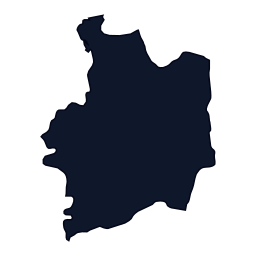 the border of Ille-et-Vilaine
{"feature_id": "FRA-5308", "entity_name": "Ille-et-Vilaine", "entity_type": "Metropolitan department", "adm_level": 1, "iso_a3": "FRA", "parent_name": "France", "parent_adm1": "", "projection": "mercator", "projection_center": [-1.688, 48.172], "detail": "fine", "context": "isolated", "style": "filled", "palette": "ink", "viewbox_px": 256, "rotation_deg": 0, "n_neighbors": 0, "source": "natural_earth", "source_scale": "10m", "svg_char_len": 2959}
<svg xmlns="http://www.w3.org/2000/svg" viewBox="0 0 256 256"><path d="M88.3,52.0L85.7,50.1L86.5,48.5L84.4,44.7L83.9,41.4L84.8,41.4L85.4,42.3L86.0,42.9L87.7,44.2L86.7,41.8L85.4,40.5L84.0,40.0L82.4,39.9L81.1,38.7L78.5,32.4L77.2,29.9L77.6,28.2L78.6,26.3L80.2,24.7L82.4,24.1L82.9,23.4L82.9,22.0L83.1,20.5L84.4,19.8L89.6,19.8L88.7,18.2L102.9,15.4L102.5,16.3L102.5,17.2L102.9,18.3L103.9,19.8L100.5,25.5L100.5,30.4L103.7,34.0L109.5,35.6L119.7,35.8L130.7,34.1L137.4,30.4L138.3,30.2L138.4,30.6L138.9,32.3L139.2,33.4L139.6,34.8L140.7,37.7L143.0,41.9L143.8,44.4L144.4,45.5L144.8,46.7L145.2,49.1L145.5,50.6L146.7,53.6L150.9,61.1L152.0,62.2L155.5,64.7L156.6,65.9L157.9,67.2L160.0,67.8L163.2,67.7L167.2,66.2L169.4,64.8L172.2,62.0L173.6,61.1L177.0,59.8L178.1,59.1L179.3,58.1L180.3,56.8L182.2,53.8L183.3,52.6L185.8,52.2L189.3,52.6L203.5,56.7L205.7,58.6L209.3,60.3L209.3,68.8L208.8,72.6L208.9,76.1L210.5,91.6L210.7,95.7L210.6,98.1L210.2,99.2L207.5,104.6L206.8,106.4L206.2,108.7L206.3,110.4L206.6,111.2L207.2,111.9L207.5,112.3L208.5,114.5L208.7,115.4L208.9,116.8L209.3,120.8L209.7,122.1L210.5,128.2L210.5,129.5L210.4,130.4L210.0,130.9L209.6,131.3L209.2,131.8L208.9,132.8L210.5,145.6L210.6,146.2L211.0,147.2L211.7,148.4L213.8,150.3L214.5,151.5L214.6,152.9L214.2,155.3L214.3,157.7L214.8,161.3L214.8,163.1L214.7,164.2L214.5,164.5L213.5,165.3L212.4,165.9L210.9,166.4L209.5,166.7L204.7,167.1L203.0,167.4L201.5,168.0L200.2,168.9L198.9,170.1L197.0,172.7L196.2,173.9L195.7,175.3L194.8,178.3L193.3,185.3L192.3,188.6L191.0,191.9L190.3,193.9L189.1,199.5L188.5,201.3L187.8,202.5L186.5,204.0L185.4,210.1L171.4,207.7L169.6,207.0L167.6,205.6L167.0,204.2L166.1,202.5L164.8,201.6L163.3,201.1L160.3,200.8L156.1,201.2L154.5,202.0L152.3,204.3L137.9,211.1L135.0,213.3L133.8,214.5L132.7,215.8L131.9,217.2L131.2,218.5L128.8,220.6L124.9,222.9L108.1,228.3L106.7,228.3L104.1,227.8L99.8,226.1L89.8,229.9L87.0,231.7L82.2,231.6L77.9,232.3L76.9,232.7L76.3,233.0L74.2,234.7L69.9,237.1L68.8,240.6L66.8,239.3L66.3,237.4L66.4,233.1L65.9,231.6L64.5,228.9L64.0,227.2L63.6,223.8L63.8,221.5L65.0,220.2L67.2,219.7L70.5,219.8L71.9,219.3L72.5,217.5L71.2,214.9L65.8,214.6L64.2,213.4L64.1,211.3L65.0,210.1L66.3,209.4L69.7,208.5L70.7,207.9L71.7,206.8L72.9,204.5L73.9,201.5L74.0,198.5L72.6,196.4L71.1,195.9L65.9,195.9L66.3,193.7L66.5,187.2L67.2,182.8L67.3,181.2L67.0,178.3L66.4,175.9L65.4,173.9L63.8,172.1L57.8,167.7L45.6,165.0L43.4,163.4L43.3,159.6L45.3,156.4L54.5,153.6L56.4,151.3L56.4,149.3L55.0,147.9L52.6,147.7L50.1,148.2L48.4,148.1L47.1,146.7L44.9,141.2L43.8,139.4L41.2,136.7L42.8,134.8L46.7,132.5L48.9,130.3L49.8,128.1L50.8,122.8L51.8,120.8L54.3,119.2L55.3,118.1L56.5,113.0L57.4,111.2L58.9,110.2L64.8,110.1L66.9,108.2L68.7,105.4L72.0,102.9L75.6,103.4L79.7,105.5L83.6,106.0L86.5,101.9L86.6,99.5L86.0,94.9L86.5,93.1L87.6,92.5L88.9,92.4L90.0,92.0L90.6,90.2L90.5,88.5L87.9,76.2L87.8,74.7L88.9,71.2L92.6,65.7L93.8,62.2L93.6,59.3L91.6,50.6L90.4,49.4L88.3,52.0Z" fill="#0f172a" stroke="#020617" stroke-width="1.5"/></svg>